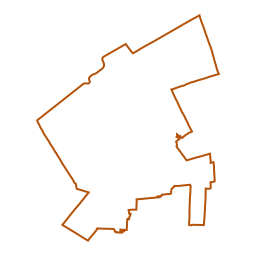 outline of Valea Mare, Olt, Romania
{"feature_id": "2599482B3118512765099", "entity_name": "Valea Mare", "entity_type": "district", "adm_level": 2, "iso_a3": "ROU", "parent_name": "Romania", "parent_adm1": "Olt", "projection": "robinson", "projection_center": [24.453, 44.454], "detail": "fine", "context": "isolated", "style": "outline", "palette": "amber", "viewbox_px": 256, "rotation_deg": 0, "n_neighbors": 0, "source": "geoboundaries", "source_scale": "gbopen_adm2", "svg_char_len": 5625}
<svg xmlns="http://www.w3.org/2000/svg" viewBox="0 0 256 256"><path d="M213.2,55.9L211.7,50.4L211.2,48.8L210.9,47.7L210.5,46.8L209.5,44.3L205.4,32.8L204.9,31.4L203.8,27.9L201.0,20.5L200.5,18.9L199.4,15.5L199.4,15.4L197.5,16.4L195.0,17.8L191.5,19.7L183.4,24.3L180.0,26.3L170.6,31.7L165.7,34.5L152.2,42.3L148.8,44.1L143.1,47.3L142.4,47.7L141.8,48.0L141.0,48.5L140.8,48.6L138.1,50.3L136.5,51.3L132.8,53.3L132.7,53.3L132.6,53.2L125.7,44.1L103.7,56.7L103.2,57.1L103.0,57.3L102.6,57.9L102.4,58.3L102.3,58.6L102.3,59.1L102.3,59.3L102.4,59.9L103.8,63.3L103.9,63.7L104.0,64.3L104.0,64.6L104.0,65.1L104.0,65.4L104.0,65.7L103.8,66.4L103.4,67.1L103.2,67.5L102.9,67.9L102.2,68.6L97.0,72.6L96.6,72.9L96.0,73.3L95.4,73.5L94.3,74.1L93.9,74.2L93.3,74.4L92.9,74.6L91.7,75.2L91.4,75.4L91.1,75.6L89.8,77.1L89.4,77.5L89.2,77.9L89.0,78.4L89.0,78.7L89.0,79.2L89.0,79.3L89.1,79.7L89.7,81.1L89.8,81.6L89.8,81.9L89.7,82.2L89.5,82.6L89.2,82.9L89.0,83.1L88.7,83.3L88.1,83.5L87.8,83.5L87.1,83.5L85.2,83.4L84.9,83.4L84.4,83.5L84.1,83.5L83.5,83.8L82.9,84.1L82.3,84.6L81.4,85.4L79.8,86.7L37.2,120.3L37.5,121.1L37.5,121.6L38.0,122.6L39.4,125.1L40.3,127.1L40.6,127.7L40.9,128.5L41.4,129.0L42.5,130.8L43.2,132.4L43.9,133.8L45.8,136.7L46.8,138.3L48.9,141.4L50.5,144.3L53.0,148.0L54.3,150.4L55.0,151.4L55.6,152.5L56.3,153.1L56.2,153.2L57.3,155.2L57.5,155.6L58.2,156.5L60.1,159.5L61.1,161.4L61.4,161.8L62.3,163.6L63.0,164.6L63.8,165.8L64.7,167.1L66.6,170.2L67.9,172.1L69.7,175.0L71.4,177.4L72.6,179.3L74.3,182.6L74.8,183.2L75.7,183.5L76.7,188.8L88.7,192.4L88.6,192.6L80.6,202.5L80.1,203.1L79.9,203.5L79.7,203.8L79.4,204.2L78.8,204.7L78.3,205.3L77.8,205.8L69.5,215.9L68.9,216.8L66.1,220.2L65.4,221.2L64.6,222.2L63.3,223.7L62.7,224.5L62.4,224.9L77.6,234.2L82.3,237.2L85.6,239.2L88.0,240.6L88.9,239.2L89.2,238.8L90.5,237.4L91.5,236.2L92.7,234.7L92.9,234.5L96.9,229.6L97.3,229.1L97.3,228.6L97.2,228.5L97.4,228.4L101.2,228.6L102.4,228.7L103.3,228.7L103.6,228.7L111.4,228.9L112.9,229.0L113.8,229.1L114.1,229.2L114.2,229.6L114.3,229.8L114.3,230.1L114.8,230.9L115.0,231.7L116.4,231.8L116.4,232.4L121.9,232.7L122.2,232.3L122.5,231.8L123.0,231.6L123.7,231.5L124.2,231.3L124.3,230.9L124.0,230.6L123.3,230.6L122.4,230.9L122.0,231.0L121.5,231.3L121.0,231.7L120.7,231.8L120.3,231.6L120.2,231.5L120.2,231.2L120.3,230.9L120.5,230.6L120.6,230.3L120.4,229.8L120.4,229.5L121.2,229.7L123.0,229.8L126.7,230.0L127.0,225.5L127.1,222.3L127.4,218.9L127.6,218.9L128.1,219.1L129.1,219.2L129.1,218.6L129.2,217.9L129.2,217.6L129.3,217.2L129.8,216.2L130.1,215.8L130.1,215.7L130.5,213.7L129.2,213.7L128.9,211.8L128.6,210.1L129.8,209.9L132.1,209.7L133.4,209.7L136.3,209.7L136.7,201.4L136.6,200.3L136.5,199.6L136.5,199.4L158.6,197.3L157.4,196.6L157.6,196.4L157.9,196.4L159.9,196.2L160.9,196.0L161.4,195.9L161.6,195.8L161.8,195.4L161.9,195.2L161.9,194.7L163.1,194.6L168.2,194.0L169.8,194.0L170.8,193.8L171.1,193.2L171.1,191.5L171.5,189.3L171.7,188.8L172.0,188.5L173.8,187.0L174.1,186.7L174.1,186.2L174.3,186.1L174.8,186.0L176.7,186.0L177.7,186.0L181.8,185.6L183.3,185.4L189.6,184.8L190.1,184.8L190.5,185.8L190.8,186.2L190.7,186.7L190.5,187.2L190.5,189.7L190.4,191.0L190.1,195.7L189.8,199.6L189.8,201.4L189.4,213.5L189.5,215.6L189.5,216.5L189.4,219.5L189.2,221.6L189.0,224.6L189.1,225.0L189.3,225.1L189.7,225.2L190.2,225.3L190.5,225.3L190.8,225.2L191.2,225.1L191.4,225.1L191.8,224.9L192.3,224.8L194.4,224.9L197.5,224.9L202.0,225.0L203.1,225.1L203.6,225.1L203.8,225.1L204.5,217.0L205.5,199.2L205.7,190.7L205.7,188.5L207.7,188.7L209.5,188.8L210.4,188.5L210.7,187.9L210.7,186.2L210.5,182.3L213.2,181.8L214.5,181.5L214.7,181.3L214.4,175.1L214.1,171.0L214.0,166.3L213.5,162.2L210.5,162.8L210.5,162.4L210.7,162.1L210.7,160.9L209.9,153.7L206.2,154.8L204.8,155.2L201.3,156.2L196.0,157.6L186.6,160.4L186.4,160.0L185.2,158.4L181.7,153.6L181.4,153.2L180.3,151.6L179.1,150.1L178.6,149.4L178.4,149.1L177.8,148.4L177.6,148.0L177.5,147.8L177.4,147.7L177.2,147.5L176.9,147.1L176.7,146.8L176.8,146.4L176.8,146.2L176.7,146.1L176.8,146.0L176.9,144.9L177.0,144.8L177.0,144.5L176.9,144.1L176.7,143.8L176.7,143.3L176.7,143.1L176.6,142.6L176.4,142.1L176.3,141.9L176.1,141.7L177.4,140.6L177.7,140.3L178.5,139.7L179.2,139.1L179.5,139.0L179.7,138.8L179.7,138.7L179.3,138.3L178.4,137.8L178.0,137.6L177.4,137.3L176.5,136.9L176.6,136.7L177.2,136.2L177.1,135.9L177.1,135.6L177.2,135.4L177.2,135.2L177.0,134.7L177.0,134.3L177.3,134.5L177.5,134.6L177.7,134.9L178.0,135.1L178.2,135.4L178.5,135.8L178.9,136.1L179.4,136.2L179.6,136.2L180.0,135.9L180.3,136.3L180.7,136.7L181.2,137.1L181.5,137.5L181.9,137.8L182.0,137.9L182.2,138.0L182.4,137.9L182.5,137.7L183.0,137.2L183.6,136.6L184.5,135.9L186.1,134.7L186.5,134.5L187.0,134.3L187.7,133.8L188.5,133.1L188.9,132.8L190.0,132.5L190.9,132.1L191.1,132.0L192.0,131.5L190.9,129.5L190.6,128.9L190.1,127.9L188.5,124.8L187.6,122.8L186.7,120.9L186.4,120.4L183.6,114.7L183.3,114.0L182.9,113.4L182.1,112.4L181.7,111.5L181.0,110.0L180.8,109.4L180.6,109.0L179.1,106.1L178.9,105.5L178.7,105.0L177.7,102.9L177.2,101.7L176.6,100.6L176.1,99.7L175.9,99.1L175.6,98.6L174.9,97.1L174.4,96.1L173.6,94.4L173.2,93.7L172.9,92.8L172.3,91.4L171.9,90.5L171.4,89.5L172.0,89.3L172.8,89.1L173.6,88.9L177.1,87.6L182.2,85.9L183.0,85.8L183.5,85.7L185.0,85.0L185.6,84.7L185.8,84.5L186.5,84.2L188.1,83.6L188.7,83.4L189.4,83.0L191.9,82.2L192.0,82.1L192.3,82.1L192.5,82.1L194.7,81.4L196.9,80.7L197.4,80.6L200.3,79.6L201.4,79.5L201.7,79.3L202.5,79.0L204.5,78.5L205.7,78.1L209.9,76.6L217.4,74.4L218.8,73.9L218.4,73.1L217.9,72.0L216.9,69.1L216.8,68.6L216.3,66.9L216.0,65.6L215.2,63.2L215.0,62.5L214.8,61.7L214.3,60.1L214.1,59.4L214.1,58.8L214.0,58.4L213.4,56.6L213.2,55.9Z" fill="none" stroke="#b45309" stroke-width="2"/></svg>